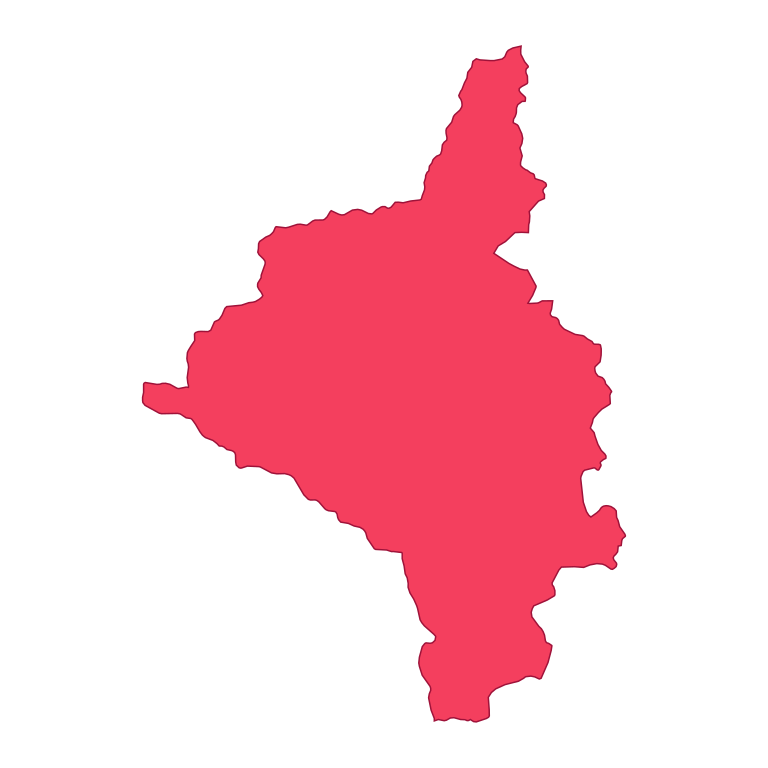 Bao Lam, Cao Bằng, Vietnam
{"feature_id": "81297802B56496932739620", "entity_name": "Bao Lam", "entity_type": "district", "adm_level": 2, "iso_a3": "VNM", "parent_name": "Vietnam", "parent_adm1": "Cao Bằng", "projection": "albers", "projection_center": [105.502, 22.876], "detail": "fine", "context": "isolated", "style": "filled", "palette": "rose", "viewbox_px": 768, "rotation_deg": 0, "n_neighbors": 0, "source": "geoboundaries", "source_scale": "gbopen_adm2", "svg_char_len": 6094}
<svg xmlns="http://www.w3.org/2000/svg" viewBox="0 0 768 768"><path d="M434.3,720.9L438.3,719.5L444.2,720.7L446.4,720.2L450.3,718.0L454.0,717.7L460.6,719.5L464.9,719.7L467.1,720.6L468.7,720.5L470.3,719.5L473.6,721.6L476.3,721.9L486.4,718.5L488.6,717.2L489.3,715.9L489.2,709.8L488.3,697.3L491.4,692.5L495.8,688.8L505.1,684.6L518.5,681.2L523.6,678.3L525.6,676.7L530.9,676.1L534.8,676.9L539.3,679.0L541.1,678.3L548.0,662.5L551.2,650.4L551.9,645.8L551.7,645.4L548.7,643.4L546.8,642.8L545.9,641.8L545.4,640.7L544.5,635.1L543.1,631.6L541.4,628.8L538.8,626.3L531.9,616.9L531.2,612.3L532.3,608.6L533.8,605.8L547.3,600.0L554.5,595.7L554.9,594.7L554.9,590.7L553.7,586.8L552.3,584.9L552.1,582.9L558.9,570.0L561.4,567.1L574.5,566.7L583.7,567.4L590.0,564.9L596.8,563.6L602.4,564.1L605.4,565.3L611.0,569.1L612.5,569.3L614.3,568.2L616.1,566.6L616.7,564.6L616.5,563.2L613.8,559.8L613.2,557.8L614.0,556.0L615.8,554.3L617.6,551.8L618.2,546.1L621.2,545.5L621.8,540.5L622.5,538.7L625.3,536.3L625.4,535.7L624.9,534.2L619.7,526.7L618.1,520.6L616.6,517.4L616.2,510.9L614.2,508.6L611.0,506.6L608.4,505.9L606.1,505.7L603.7,506.1L602.3,506.8L600.9,508.1L599.5,510.3L596.8,512.8L590.9,517.0L588.8,515.3L586.5,511.7L583.3,502.2L580.7,478.4L581.0,476.5L583.0,471.7L584.6,470.2L594.1,467.8L595.0,468.1L597.2,469.9L598.2,470.1L598.9,469.6L601.0,465.7L600.9,464.4L600.2,463.1L600.6,461.8L603.5,459.5L605.8,458.4L606.0,456.9L605.9,455.8L604.8,454.0L601.3,450.5L597.9,444.4L595.1,436.4L594.1,432.6L590.3,428.1L592.4,422.5L593.1,419.1L594.0,417.6L598.4,412.5L601.9,409.1L609.6,404.3L610.3,403.5L609.8,395.3L610.8,392.7L611.6,391.8L611.5,391.2L608.8,387.3L605.6,383.8L605.0,381.2L603.8,379.2L602.2,377.6L598.0,376.1L595.7,373.0L595.1,371.1L594.7,368.3L595.1,366.7L600.0,361.9L600.2,361.1L601.1,355.3L601.2,351.6L601.2,348.8L600.5,345.3L600.1,344.7L598.6,344.3L594.3,344.2L593.3,343.5L592.0,341.5L587.3,338.9L584.1,336.2L582.6,335.6L575.1,334.4L564.4,329.3L562.3,327.4L559.6,324.3L558.6,320.3L557.3,318.6L555.8,317.6L552.0,316.7L550.5,315.0L550.2,313.2L551.6,309.1L552.7,300.8L542.2,300.9L538.5,302.8L537.2,303.1L529.6,303.5L527.9,303.2L532.6,295.4L535.9,287.6L536.1,286.1L527.4,270.0L525.0,270.1L519.9,269.0L513.9,266.1L508.9,263.4L493.8,253.3L498.2,245.9L505.5,241.5L514.9,232.6L521.6,232.3L528.4,232.6L528.7,224.6L529.4,221.9L529.8,215.9L529.2,211.6L538.5,201.1L544.4,198.5L544.5,194.6L543.1,192.1L543.0,189.9L544.1,188.2L546.1,186.3L546.4,184.9L545.7,183.1L542.5,181.0L535.3,178.7L534.9,178.2L534.2,174.9L533.2,173.8L530.5,172.8L527.1,170.2L525.7,169.8L522.8,167.8L520.7,165.7L520.5,164.8L520.6,162.0L522.2,155.9L519.9,148.0L521.9,143.5L522.7,138.3L521.8,133.9L518.2,125.9L517.2,124.8L513.3,122.7L513.2,122.2L513.6,119.0L515.1,116.6L516.1,113.8L516.4,112.2L516.5,107.9L517.8,104.6L522.1,101.4L525.1,101.3L525.3,100.7L525.5,97.9L525.0,96.9L520.8,93.0L519.6,91.4L519.1,90.4L519.3,88.5L521.6,86.6L527.1,83.6L527.6,82.5L527.4,76.1L526.1,73.2L525.8,71.2L526.2,69.0L528.2,67.0L528.2,66.2L524.6,61.7L520.8,54.2L520.7,50.3L521.1,46.1L512.8,48.0L508.3,50.3L506.8,52.1L504.8,56.8L502.2,59.0L494.1,60.6L490.3,60.6L480.0,59.9L476.3,58.8L472.9,61.4L471.7,67.3L467.8,72.3L466.9,78.2L464.5,82.8L461.8,89.8L460.7,91.2L458.8,95.5L459.3,97.1L460.9,99.4L461.8,102.0L462.1,105.2L461.7,107.1L459.9,110.1L454.7,114.8L453.5,116.5L451.7,122.2L446.5,128.5L446.0,130.4L446.1,133.3L447.0,137.9L446.7,140.2L444.1,142.3L442.4,144.8L441.7,150.8L440.6,154.0L439.5,155.0L436.6,156.2L434.2,158.4L433.0,159.8L431.9,163.0L429.4,166.2L428.8,170.9L427.1,172.4L425.7,175.4L425.5,178.0L424.1,182.7L424.8,186.9L424.5,189.9L422.3,195.6L421.3,199.2L419.8,200.0L410.7,201.0L403.1,202.8L398.5,202.2L395.2,202.3L391.2,207.1L389.2,208.2L387.6,208.2L385.0,206.6L382.4,206.6L380.9,207.1L376.3,210.0L372.9,213.4L371.9,213.9L368.4,213.5L361.7,210.2L357.7,209.4L352.4,210.1L344.4,214.7L341.7,215.0L338.9,214.3L331.2,210.7L330.1,211.8L327.1,216.9L324.5,219.4L322.9,220.0L315.0,220.1L312.7,221.0L307.5,224.9L306.2,225.2L300.3,224.2L297.3,224.4L288.6,227.2L285.7,227.8L276.1,226.7L275.3,227.5L273.5,231.7L271.6,233.8L269.7,235.4L265.8,237.1L259.6,241.5L258.6,243.7L258.4,248.7L257.8,252.2L259.0,254.6L263.4,258.9L264.9,261.0L265.2,262.3L265.1,264.1L261.2,275.2L261.1,277.8L257.9,283.0L257.6,284.3L257.6,286.7L258.9,289.3L261.3,292.5L262.8,295.5L261.9,297.1L259.4,299.2L255.5,301.5L253.0,302.2L248.8,302.7L241.4,305.2L226.7,306.6L224.9,308.4L222.0,315.3L219.5,319.0L218.4,320.0L215.2,321.4L214.4,322.0L210.8,330.2L208.2,331.6L200.8,331.4L198.2,331.6L195.5,332.6L195.0,333.2L194.5,334.1L194.7,340.6L190.7,346.6L188.4,350.4L187.4,352.7L186.9,358.5L187.3,361.2L188.2,363.8L188.6,367.2L187.2,377.6L187.8,382.9L188.5,385.7L188.4,387.4L186.1,387.1L178.7,388.6L177.1,388.3L169.9,384.3L165.6,383.3L162.1,383.4L159.9,384.2L156.9,384.4L145.2,382.5L144.0,383.3L143.6,384.3L143.6,392.5L142.6,397.3L142.6,400.6L142.9,402.6L145.1,405.4L159.3,413.2L161.6,413.7L177.6,413.4L180.2,413.9L186.1,417.8L190.7,418.5L191.8,419.2L193.0,420.7L195.6,424.4L200.0,431.9L202.4,435.1L204.0,436.5L205.5,437.6L212.9,440.4L217.0,443.6L219.2,446.0L221.9,446.1L224.0,447.0L226.9,449.5L231.7,450.6L233.2,451.3L234.7,452.6L235.5,454.7L235.7,462.0L236.3,465.1L239.0,467.7L240.3,468.1L241.6,468.0L247.4,466.1L258.6,466.6L260.2,466.9L271.5,472.9L276.8,473.8L284.7,473.6L289.0,474.7L291.3,475.8L294.0,478.1L303.9,494.9L308.3,499.3L310.4,500.0L315.2,499.9L317.0,500.5L318.9,501.9L324.8,508.7L326.2,509.8L328.4,510.7L334.7,511.5L335.7,511.9L337.1,514.1L337.7,517.5L338.6,519.7L340.7,522.1L348.4,523.4L354.1,526.0L359.9,527.3L363.1,529.2L364.7,531.0L365.8,532.9L367.3,538.4L374.3,548.7L375.6,549.4L386.6,550.0L391.6,551.6L393.2,551.5L401.7,552.5L402.2,553.2L402.2,558.7L404.1,565.9L405.2,573.8L407.2,577.8L408.2,583.4L408.1,587.3L410.0,593.0L413.7,599.0L416.7,605.7L417.6,608.5L420.1,619.8L421.8,622.7L424.3,625.8L433.9,634.3L435.5,636.1L435.7,636.8L435.0,640.4L432.4,642.8L430.2,643.3L426.0,642.9L424.8,643.5L422.3,646.6L419.4,657.2L418.8,663.0L419.4,666.4L422.2,675.2L430.1,686.4L430.7,688.4L430.7,690.4L429.3,693.8L428.6,697.8L431.1,710.1L434.3,718.4L434.3,720.9Z" fill="#f43f5e" stroke="#9f1239" stroke-width="1.5"/></svg>